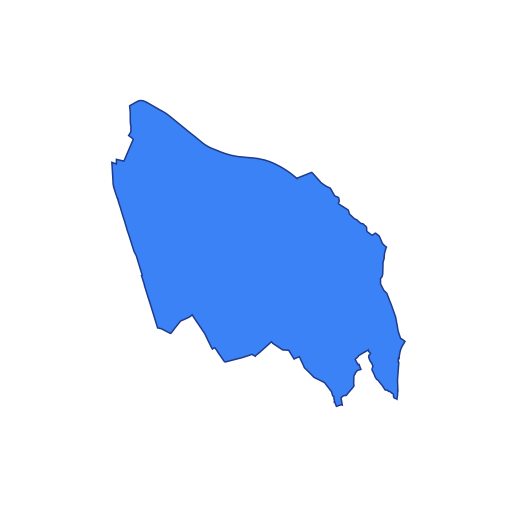 Bērzes pag., Dobele, Latvia (Robinson projection), rotated 63°
{"feature_id": "27541924B54193972681718", "entity_name": "Bērzes pag.", "entity_type": "district", "adm_level": 2, "iso_a3": "LVA", "parent_name": "Latvia", "parent_adm1": "Dobele", "projection": "robinson", "projection_center": [23.414, 56.655], "detail": "fine", "context": "isolated", "style": "filled", "palette": "blue", "viewbox_px": 512, "rotation_deg": 63, "n_neighbors": 0, "source": "geoboundaries", "source_scale": "gbopen_adm2", "svg_char_len": 6006}
<svg xmlns="http://www.w3.org/2000/svg" viewBox="0 0 512 512"><g transform="rotate(63 256 256)"><path d="M275.5,376.0L276.5,375.0L277.4,373.9L278.2,373.1L285.9,367.6L286.2,367.2L286.2,366.8L283.8,361.7L283.7,361.6L282.8,359.7L282.6,359.1L281.1,355.9L279.7,352.8L279.7,352.6L279.8,351.1L279.9,349.6L280.1,344.3L280.1,343.6L280.1,342.7L280.0,342.1L279.9,341.3L279.8,341.1L279.7,340.7L279.5,340.0L279.5,339.9L279.4,339.6L287.5,338.7L288.1,338.6L301.9,336.9L308.7,337.1L310.2,337.1L316.1,337.2L317.0,337.2L319.1,337.1L319.0,334.9L319.2,334.2L321.8,333.9L323.8,333.7L326.1,333.5L326.3,333.5L326.4,333.4L327.0,333.3L327.6,333.2L330.0,332.9L333.9,332.4L335.6,332.1L336.0,331.9L336.3,331.7L336.5,331.4L339.7,317.0L340.2,314.8L340.3,314.3L341.4,307.4L341.7,304.4L341.8,304.3L345.0,302.1L344.7,301.8L344.2,299.8L344.1,299.1L343.4,296.0L343.3,295.8L343.3,295.6L339.4,281.1L341.1,280.7L341.3,280.8L349.6,276.1L351.8,274.9L352.7,273.3L354.7,269.9L354.8,269.7L365.1,268.8L365.0,268.6L365.4,263.1L374.5,263.4L377.5,263.6L383.4,261.6L387.8,260.2L389.7,259.7L390.4,259.4L390.9,259.1L395.8,255.4L396.1,255.2L398.4,253.5L399.7,252.6L400.1,252.4L400.3,252.3L402.6,251.9L411.3,250.3L414.6,251.0L415.3,251.1L415.5,251.1L416.3,250.7L416.7,250.6L417.2,250.6L417.7,250.9L418.6,251.4L420.1,251.6L420.3,251.7L421.6,252.6L421.7,252.4L421.7,252.2L426.5,252.6L427.2,247.6L428.0,246.8L420.9,244.6L420.3,242.0L420.3,241.5L420.3,241.1L420.4,240.8L421.0,239.4L421.1,239.1L421.1,238.7L421.0,238.4L420.2,236.7L417.9,231.2L416.6,228.2L416.4,228.0L416.3,227.8L416.2,227.7L415.9,227.5L415.6,227.4L414.1,226.9L413.6,226.7L412.8,226.2L410.0,224.7L407.6,223.4L407.3,223.1L406.9,222.7L406.6,222.2L406.1,221.2L405.9,221.0L405.7,220.7L405.4,220.6L405.0,220.1L404.5,218.6L404.2,218.1L404.0,217.4L404.1,216.9L404.7,214.0L402.5,213.8L399.4,213.4L399.3,213.5L399.2,213.6L399.3,214.0L399.2,214.4L393.5,214.6L393.3,214.6L393.1,214.5L392.7,213.5L392.7,213.2L392.1,210.9L391.4,209.8L391.0,204.9L390.8,199.5L390.8,198.9L390.7,198.7L391.2,198.8L391.9,198.9L392.4,198.8L392.9,198.8L393.4,198.5L394.0,198.3L394.4,198.3L394.7,198.3L394.9,198.4L395.1,198.4L395.2,198.7L395.3,199.1L395.5,200.0L395.7,200.4L396.4,201.0L396.6,201.2L396.9,201.3L397.4,201.5L398.4,201.7L398.9,201.8L400.8,201.9L401.2,201.9L402.4,201.9L403.0,201.8L404.0,201.6L404.7,201.6L405.9,201.7L406.9,201.8L407.5,202.1L407.8,202.3L408.4,203.0L408.8,203.5L409.5,204.0L410.0,204.3L410.6,204.4L411.4,204.4L413.1,204.4L413.9,204.4L414.3,204.4L415.4,204.5L416.5,204.6L417.1,204.7L418.6,204.7L419.1,204.7L420.4,204.5L420.8,204.4L421.3,204.1L421.9,203.7L422.6,203.5L422.9,203.4L423.3,203.4L424.1,203.3L427.3,202.6L428.2,202.4L428.9,202.3L430.3,202.1L431.2,202.1L431.8,202.0L433.5,201.8L434.1,201.6L434.3,201.4L434.5,201.1L434.7,200.7L434.7,200.3L435.1,200.0L435.5,199.8L436.8,199.4L437.0,199.1L437.5,198.2L437.8,198.0L438.9,197.7L439.5,197.5L439.9,197.2L440.5,196.7L440.9,196.5L441.2,196.4L441.8,196.4L442.5,196.7L443.1,197.1L443.7,197.3L444.0,197.4L444.6,197.4L444.9,197.4L445.2,197.3L445.7,196.9L447.2,195.6L447.6,195.4L444.5,193.2L442.0,191.8L440.2,190.9L440.4,190.7L433.2,187.4L431.3,186.5L428.5,184.9L426.9,183.9L415.6,177.0L415.0,177.5L411.7,175.5L412.3,175.0L410.0,173.6L407.2,171.5L405.6,170.1L404.5,169.0L403.5,167.7L402.7,166.7L402.4,166.2L399.8,162.0L397.6,163.0L395.0,164.5L394.9,164.6L390.3,163.9L387.3,163.4L381.3,161.5L379.6,161.1L377.9,160.5L373.0,159.1L372.2,159.1L361.0,157.6L356.1,157.2L355.1,157.1L354.8,157.0L348.6,156.4L344.6,157.7L339.2,157.7L337.4,157.7L335.5,156.7L332.6,155.3L331.8,153.3L331.7,153.3L330.5,152.0L329.6,151.3L325.1,148.8L319.7,145.9L319.6,146.0L319.5,145.9L317.1,143.6L316.0,142.7L315.9,142.8L312.0,140.3L311.2,139.6L309.8,138.3L309.6,138.1L308.6,137.2L307.3,135.7L305.5,136.6L305.2,136.8L302.3,137.6L300.8,137.6L297.1,137.3L294.6,137.2L294.1,137.2L293.9,137.2L293.3,137.5L291.7,138.3L290.2,138.9L289.9,139.2L289.8,139.5L289.8,140.1L290.1,141.5L290.2,142.0L290.3,142.9L290.2,143.1L289.9,143.3L288.6,144.0L287.0,144.8L285.9,145.3L285.6,145.5L284.8,145.9L284.4,145.9L284.0,145.9L283.4,145.7L281.9,145.0L281.0,144.6L280.6,144.5L280.4,144.5L279.4,144.7L277.9,145.3L276.2,145.9L275.7,146.2L274.7,147.6L274.5,147.9L273.7,148.2L271.9,148.9L269.7,149.7L269.4,149.8L267.3,151.5L261.6,153.5L261.2,153.6L260.8,153.6L260.1,153.5L257.0,152.9L253.2,155.1L249.7,157.2L248.1,158.1L247.2,158.7L246.5,158.7L245.0,157.0L244.9,156.9L242.2,156.0L241.9,155.9L241.7,156.0L240.6,156.5L240.4,156.6L239.3,157.6L238.2,158.6L233.3,158.8L230.4,158.9L229.6,159.0L229.1,159.1L228.9,159.3L225.7,161.8L223.6,163.0L220.1,164.8L219.4,165.0L218.6,165.1L208.5,167.8L206.8,168.4L206.5,170.9L206.3,173.6L205.3,183.8L205.7,184.2L198.3,187.5L196.0,188.7L194.3,189.6L191.7,191.1L188.3,193.2L185.3,195.3L182.7,197.2L181.8,197.9L179.6,199.7L177.9,201.2L176.4,202.7L175.3,203.8L174.5,204.6L170.1,210.0L168.5,212.3L167.7,213.5L163.6,220.1L162.3,222.1L159.9,225.9L158.0,228.6L154.9,232.5L151.4,236.3L147.4,240.1L139.8,246.7L138.5,247.7L137.6,248.4L136.0,249.5L134.6,250.4L131.4,252.1L120.6,256.8L116.6,258.7L106.8,263.0L93.9,268.7L91.5,269.8L89.1,270.9L87.6,271.8L86.7,272.3L84.3,273.8L83.4,274.4L83.5,274.5L81.8,275.6L80.9,276.2L80.5,276.5L80.4,276.4L79.7,276.9L69.3,283.7L69.4,283.8L67.9,284.8L67.0,285.6L66.2,286.5L65.1,288.1L64.8,289.0L64.4,290.8L64.5,295.3L64.6,296.3L64.7,297.2L64.7,298.3L64.7,298.8L64.7,299.8L64.8,300.3L64.9,300.5L65.4,300.7L69.9,302.4L71.2,303.0L71.4,303.1L78.2,306.5L81.0,307.8L83.6,308.6L84.8,309.1L85.4,309.5L88.0,310.8L89.0,311.8L90.8,314.8L94.0,313.2L94.7,312.9L96.3,312.4L111.5,330.6L106.5,336.5L110.6,338.6L107.1,341.9L119.0,347.1L124.5,349.5L127.1,350.7L129.8,351.4L129.8,351.5L131.0,351.7L135.2,352.4L141.3,353.3L141.4,353.0L143.2,353.3L143.1,353.5L148.1,354.4L151.6,354.9L154.0,355.4L161.3,356.7L164.1,357.1L174.9,359.1L175.5,359.2L179.2,359.7L196.6,362.6L201.1,362.5L207.9,363.7L210.7,364.2L218.7,365.6L221.4,366.1L221.4,366.9L230.4,368.4L230.8,368.3L231.1,368.7L242.6,370.7L252.5,372.3L275.4,376.3L275.5,376.0Z" fill="#3b82f6" stroke="#1e3a8a" stroke-width="1.5"/></g></svg>